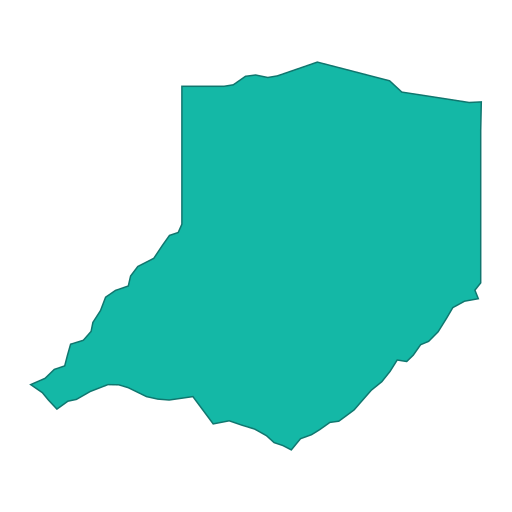 Nova Aliança do Ivaí, Paraná, Brazil (Mercator projection)
{"feature_id": "56859067B91181868045334", "entity_name": "Nova Aliança do Ivaí", "entity_type": "district", "adm_level": 2, "iso_a3": "BRA", "parent_name": "Brazil", "parent_adm1": "Paraná", "projection": "mercator", "projection_center": [-52.628, -23.171], "detail": "fine", "context": "isolated", "style": "filled", "palette": "teal", "viewbox_px": 512, "rotation_deg": 0, "n_neighbors": 0, "source": "geoboundaries", "source_scale": "gbopen_adm2", "svg_char_len": 1065}
<svg xmlns="http://www.w3.org/2000/svg" viewBox="0 0 512 512"><path d="M30.7,384.6L42.4,392.7L48.4,400.0L56.9,409.1L67.9,401.2L76.4,399.4L90.2,391.5L107.9,384.6L118.7,384.8L128.3,387.7L146.5,396.6L157.8,399.1L169.2,400.0L192.9,396.6L213.2,423.9L229.2,420.8L242.3,425.3L254.7,429.1L266.5,435.7L274.1,442.6L282.8,445.5L291.3,449.9L300.5,438.7L311.5,434.7L319.6,429.7L329.9,422.4L338.8,421.2L346.7,415.4L354.2,409.8L360.0,403.1L371.3,390.2L381.8,381.7L390.1,371.3L397.2,360.0L406.7,361.5L413.3,355.1L420.6,344.7L428.7,341.3L438.1,331.8L446.4,318.5L452.8,307.6L464.5,301.2L478.3,298.7L474.9,290.2L480.7,282.9L480.7,149.9L480.7,130.6L481.3,101.9L469.1,102.5L401.8,92.1L389.6,80.8L317.3,62.1L277.3,75.9L267.8,77.5L255.6,75.0L245.5,76.3L233.3,84.8L224.0,86.3L194.1,86.3L181.9,86.3L181.9,224.2L178.2,232.5L169.5,235.4L162.4,245.4L153.8,258.3L137.8,266.5L130.6,276.0L128.3,286.0L115.5,290.4L105.6,297.2L100.5,310.6L92.9,322.4L91.1,331.4L83.3,340.3L70.6,344.2L67.4,355.5L64.7,365.9L54.3,369.4L45.1,378.3L30.7,384.6Z" fill="#14b8a6" stroke="#0f766e" stroke-width="1.5"/></svg>